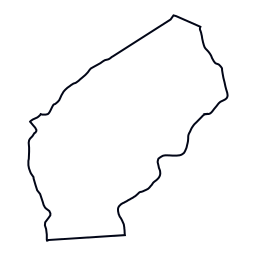 outline of La Perle, Choiseul, Saint Lucia
{"feature_id": "8701671B71036629686729", "entity_name": "La Perle", "entity_type": "district", "adm_level": 2, "iso_a3": "LCA", "parent_name": "Saint Lucia", "parent_adm1": "Choiseul", "projection": "mercator", "projection_center": [-61.02, 13.765], "detail": "fine", "context": "isolated", "style": "outline", "palette": "ink", "viewbox_px": 256, "rotation_deg": 0, "n_neighbors": 0, "source": "geoboundaries", "source_scale": "gbopen_adm2", "svg_char_len": 3687}
<svg xmlns="http://www.w3.org/2000/svg" viewBox="0 0 256 256"><path d="M30.1,121.6L30.3,122.0L31.4,123.2L32.7,124.8L35.2,127.7L36.4,130.0L36.3,131.1L35.4,132.6L34.4,133.1L32.5,136.1L30.0,138.7L29.1,140.3L28.7,142.8L29.1,147.6L29.1,151.7L28.8,158.9L28.4,160.9L28.4,165.2L29.0,168.4L30.5,172.5L31.2,173.8L33.5,177.1L33.6,178.5L35.5,185.0L37.2,190.3L40.1,194.0L42.9,202.4L43.6,204.9L45.0,207.5L46.1,208.6L49.3,211.0L50.4,213.4L50.3,215.4L48.7,217.7L45.2,222.3L44.9,225.3L45.6,227.5L46.1,229.0L46.8,234.6L46.8,239.6L47.0,240.6L47.6,240.6L48.5,240.0L124.9,235.1L124.7,233.8L124.7,232.9L124.6,232.5L124.6,231.4L124.5,229.8L124.3,228.4L124.3,227.5L124.2,227.0L123.8,224.4L123.3,223.2L122.7,221.9L122.1,220.5L121.5,219.4L121.0,218.4L120.1,217.1L119.7,216.6L119.2,215.2L118.8,214.5L118.5,213.3L118.2,211.8L118.1,211.4L118.0,210.1L118.0,209.2L118.1,208.3L118.4,207.4L118.9,206.5L119.4,205.8L120.3,205.0L120.8,204.4L121.6,203.9L122.5,203.3L124.1,202.6L125.1,202.0L125.9,201.6L126.5,201.3L127.5,200.7L128.5,200.0L129.5,199.6L130.6,198.9L131.5,198.4L132.5,197.9L133.3,197.4L134.1,196.8L135.2,196.2L135.8,195.7L136.8,194.8L137.6,194.1L138.4,193.3L139.0,192.7L139.7,192.2L140.6,191.9L141.5,191.8L143.2,191.2L144.6,190.5L145.6,190.1L146.4,189.7L147.2,189.3L148.1,188.8L149.4,187.6L150.0,186.9L150.7,186.0L151.6,185.1L152.2,184.2L153.0,183.0L153.5,182.4L154.7,181.4L155.4,180.9L156.2,180.3L157.0,179.6L158.1,178.5L158.6,177.9L159.1,177.2L159.8,175.8L160.1,174.8L160.3,173.2L160.2,172.6L160.1,171.2L159.9,170.3L159.6,169.6L159.4,169.0L158.9,167.8L158.6,166.2L158.3,164.9L158.0,163.6L157.7,162.5L157.7,161.3L158.0,160.0L158.3,159.0L158.5,158.6L160.1,157.4L161.2,156.7L162.8,155.8L164.1,155.5L165.7,155.3L169.4,155.4L172.7,155.6L176.8,155.6L178.5,155.4L179.6,155.3L181.2,154.8L182.3,154.2L183.9,153.0L184.5,152.1L185.2,150.8L185.7,149.6L186.2,148.5L186.5,147.7L186.8,146.5L187.1,145.1L187.5,143.5L187.8,142.1L188.0,141.0L188.2,138.4L188.2,136.9L188.3,135.7L188.6,134.5L189.2,133.1L189.9,131.9L190.5,130.6L190.7,130.1L191.3,128.8L191.9,127.7L192.7,126.5L193.6,125.2L194.5,124.1L196.4,122.3L201.6,117.0L202.8,115.7L203.4,115.2L204.3,114.6L205.1,114.3L206.0,114.2L205.7,114.0L208.1,113.8L207.8,114.0L208.6,114.0L209.2,113.8L209.7,113.7L211.1,112.7L212.3,111.4L214.1,109.0L216.7,105.9L217.9,104.3L218.8,103.2L219.7,102.4L220.4,101.8L221.6,101.2L223.3,100.4L224.9,99.6L226.1,98.7L226.7,98.1L227.2,97.1L227.4,96.7L227.5,96.0L227.6,95.2L227.5,94.7L227.4,93.9L227.2,92.7L226.8,91.4L226.1,89.1L225.4,86.4L224.6,82.6L223.4,77.8L223.1,76.2L222.6,73.4L222.1,70.3L222.0,68.4L221.7,67.8L221.2,67.1L220.8,66.6L220.2,65.9L219.4,65.1L218.9,64.6L218.1,64.2L216.6,63.7L215.6,63.3L215.1,62.9L214.5,62.1L213.9,61.4L213.4,60.5L213.0,59.8L212.5,58.9L212.0,58.0L211.6,56.9L211.2,55.9L210.9,55.3L210.3,54.3L209.8,53.5L208.9,52.3L208.2,51.4L207.6,50.8L206.7,49.8L205.7,48.8L205.2,48.1L204.7,47.4L204.1,45.9L203.7,44.7L203.5,43.9L203.0,42.2L202.9,41.7L202.7,40.7L202.5,39.9L202.2,38.5L202.0,37.1L201.8,35.8L201.4,34.2L201.2,33.1L200.9,32.1L200.5,30.9L200.0,29.7L199.9,28.9L200.0,28.0L200.4,26.8L176.1,16.1L173.5,15.4L170.6,19.5L112.8,56.4L111.7,57.0L110.4,58.1L109.2,58.9L108.1,59.4L106.0,59.9L105.1,60.1L103.6,60.9L101.7,62.2L100.5,63.1L97.8,64.6L92.9,67.3L90.8,68.5L89.5,70.0L88.0,72.1L87.4,72.8L85.3,75.0L82.6,77.3L81.9,77.9L80.3,79.2L78.6,80.8L76.4,82.4L75.6,82.9L73.4,83.6L70.9,85.2L70.2,85.8L67.5,87.7L65.3,89.7L63.6,91.6L61.4,95.4L60.2,98.1L59.2,100.2L57.7,101.9L55.8,103.5L55.1,104.0L53.9,104.4L53.2,105.1L52.2,106.9L50.6,110.2L49.7,111.9L48.8,113.2L47.8,114.1L45.7,114.6L43.9,114.6L42.2,114.6L40.7,114.1L40.3,114.9L38.7,116.4L37.4,117.4L32.8,119.5L30.8,120.9L30.1,121.6Z" fill="none" stroke="#020617" stroke-width="2"/></svg>